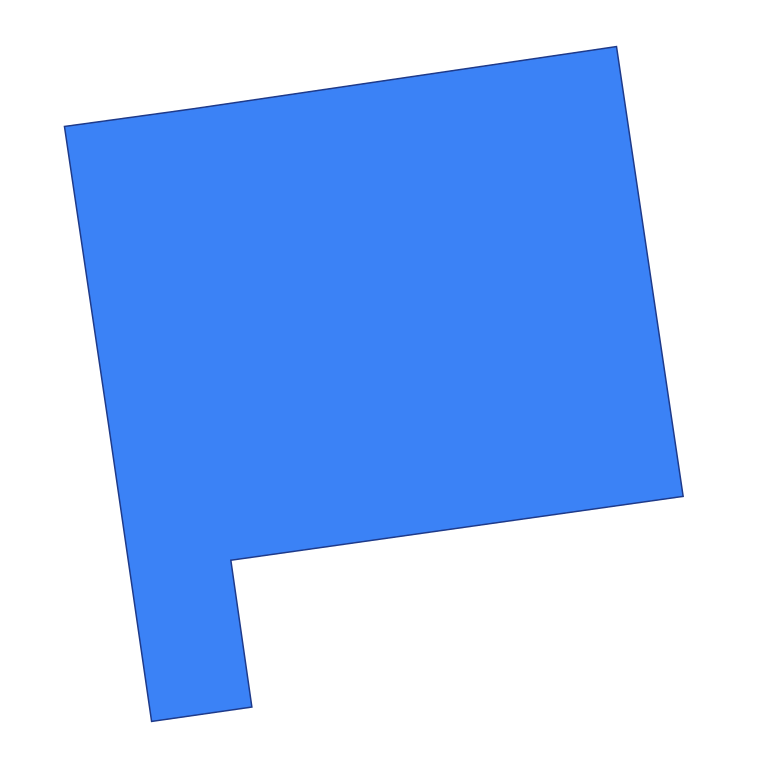 Henry, Ohio, United States of America (Mercator projection), rotated 262°
{"feature_id": "52423323B76163857838554", "entity_name": "Henry", "entity_type": "district", "adm_level": 2, "iso_a3": "USA", "parent_name": "United States of America", "parent_adm1": "Ohio", "projection": "mercator", "projection_center": [-84.138, 41.327], "detail": "fine", "context": "isolated", "style": "filled", "palette": "blue", "viewbox_px": 768, "rotation_deg": 262, "n_neighbors": 0, "source": "geoboundaries", "source_scale": "gbopen_adm2", "svg_char_len": 276}
<svg xmlns="http://www.w3.org/2000/svg" viewBox="0 0 768 768"><g transform="rotate(262 384 384)"><path d="M82.5,208.2L230.8,207.8L231.1,664.6L685.8,661.2L683.1,231.1L683.5,103.4L379.6,105.6L82.2,106.9L82.5,208.2Z" fill="#3b82f6" stroke="#1e3a8a" stroke-width="1.5"/></g></svg>